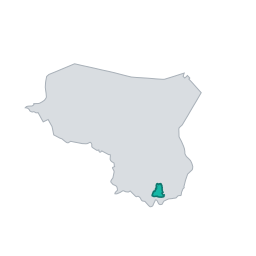 Aqra, Ninawa, Iraq (highlighted), rotated 152°
{"feature_id": "34846034B43190647810772", "entity_name": "Aqra", "entity_type": "district", "adm_level": 2, "iso_a3": "IRQ", "parent_name": "Iraq", "parent_adm1": "Ninawa", "projection": "natural_earth1", "projection_center": [43.799, 36.668], "detail": "fine", "context": "in_parent", "style": "filled", "palette": "teal", "viewbox_px": 256, "rotation_deg": 152, "n_neighbors": 0, "source": "geoboundaries", "source_scale": "gbopen_adm2", "svg_char_len": 4825}
<svg xmlns="http://www.w3.org/2000/svg" viewBox="0 0 256 256"><g transform="rotate(152 128 128)"><path d="M106.4,48.9L108.0,48.5L110.9,46.1L112.6,43.8L113.2,43.6L114.7,44.4L115.8,44.6L118.4,43.7L119.9,44.2L121.1,44.7L121.8,44.8L125.2,46.2L126.1,46.4L127.9,46.5L130.5,46.6L132.2,45.7L133.3,44.8L134.2,44.8L135.0,45.0L135.7,45.4L136.3,46.1L136.5,47.0L136.4,50.1L136.7,50.9L137.1,51.5L137.7,51.6L138.4,50.9L139.7,50.0L141.2,48.9L142.4,47.9L143.0,47.6L144.0,47.6L145.0,47.8L145.6,48.3L146.2,49.8L147.5,55.2L148.3,55.9L149.2,56.5L149.8,57.3L150.0,58.1L150.0,59.3L150.0,60.7L150.4,61.8L150.9,62.7L151.3,63.1L152.0,63.2L152.9,63.4L153.4,64.2L155.3,70.3L155.4,71.1L156.2,71.4L157.4,71.2L158.7,71.9L160.1,72.9L161.4,74.7L162.3,75.0L165.0,74.8L168.7,75.1L170.4,76.0L170.2,76.6L168.9,77.3L166.5,78.0L165.9,79.4L165.5,81.1L165.6,82.0L166.1,83.1L167.8,85.2L167.9,85.9L168.2,87.0L168.5,87.7L168.2,89.1L166.7,90.1L164.7,91.1L160.8,95.8L160.5,96.8L160.5,99.6L160.1,100.4L158.9,100.3L157.9,100.2L157.8,101.2L157.2,102.5L156.8,103.6L158.3,106.2L158.6,107.6L158.4,108.9L157.0,111.1L156.2,112.6L156.4,112.9L157.5,113.5L160.8,118.4L161.9,120.1L163.3,119.6L163.8,119.7L164.2,119.9L164.5,120.5L164.5,121.2L164.1,122.3L165.9,122.8L166.6,123.9L168.7,127.7L168.6,128.8L167.6,130.6L167.6,131.8L167.8,132.8L168.2,133.2L171.2,133.3L172.5,133.8L175.7,135.7L179.4,138.7L182.4,141.1L184.9,143.2L187.7,143.0L188.4,143.4L189.1,144.1L189.9,145.8L191.5,149.6L192.8,150.9L194.9,154.0L196.8,156.8L195.6,160.8L194.4,164.9L194.5,170.1L194.5,173.0L197.1,173.1L200.0,173.2L200.1,176.6L200.1,180.0L200.2,183.9L201.1,184.0L202.4,184.9L203.0,186.1L203.8,186.8L204.7,186.9L205.5,187.5L206.4,188.7L206.7,189.5L206.5,190.1L206.7,191.1L207.3,192.6L208.1,193.3L209.2,194.1L207.7,194.6L206.0,194.2L202.4,192.5L201.3,192.5L199.8,193.1L199.7,193.7L195.9,191.8L194.6,191.4L194.1,191.4L191.9,191.4L188.9,191.7L187.1,192.5L185.8,193.3L185.3,194.1L185.1,194.6L184.1,196.9L183.0,200.0L181.9,202.8L179.6,206.6L178.3,208.4L175.6,211.7L172.7,212.4L165.9,211.7L158.3,211.0L150.8,210.3L145.2,209.8L144.8,209.6L139.3,204.8L134.9,201.1L129.4,196.4L123.9,191.6L118.2,186.8L114.2,183.3L109.2,178.7L104.7,174.6L101.1,171.4L96.6,168.5L93.0,166.3L87.8,163.1L83.7,160.5L80.2,158.2L74.7,154.8L72.9,153.9L67.2,152.8L61.9,151.8L56.3,150.8L52.6,150.1L55.1,147.7L54.4,145.5L52.6,145.9L50.9,146.5L50.0,143.1L51.3,142.6L50.1,138.2L49.0,133.7L47.9,129.3L46.8,124.8L51.5,121.9L55.0,119.7L60.0,116.7L64.7,113.8L69.2,111.0L74.2,108.0L78.6,105.3L82.7,104.2L83.6,103.3L85.4,99.6L87.0,96.4L87.1,95.7L87.1,91.1L87.5,85.9L88.0,83.0L88.9,80.5L89.8,78.7L89.9,77.0L89.8,75.3L88.9,72.7L88.1,69.9L88.2,67.3L88.4,65.9L88.9,63.6L89.9,62.0L90.9,61.0L94.8,59.9L97.0,59.3L100.1,56.4L101.9,54.7L104.4,51.9L106.2,49.9L106.4,49.2L106.4,48.9Z" fill="#d9dde1" stroke="#a8b0b8" stroke-width="1"/><path d="M127.4,54.7L127.4,54.8L127.3,55.0L127.2,55.5L127.2,55.8L127.2,56.0L127.2,56.4L127.2,56.6L127.2,56.8L126.9,57.1L126.7,57.3L126.7,57.6L126.7,57.8L126.7,58.0L126.6,58.3L126.4,58.4L126.3,58.5L126.2,58.6L126.1,58.8L125.9,59.0L125.8,59.3L125.8,59.5L125.7,59.5L125.6,59.8L125.6,60.0L125.6,60.3L125.5,60.5L125.4,60.7L125.4,60.8L125.2,61.0L125.1,61.3L125.1,61.5L125.3,61.8L125.2,62.0L125.4,62.1L125.4,62.6L125.1,62.7L125.1,62.8L125.0,63.1L125.1,63.3L125.3,63.6L125.5,63.6L126.0,63.5L126.2,63.8L126.3,63.9L126.4,64.0L126.5,64.1L126.9,64.1L127.0,63.9L127.4,63.7L127.6,63.8L127.8,63.9L127.8,64.0L127.9,64.4L127.9,64.7L128.0,64.8L128.0,65.0L128.3,65.1L128.7,65.1L128.9,65.1L129.0,65.1L129.3,64.8L129.3,64.7L129.5,64.5L129.7,64.4L129.9,64.1L130.1,63.9L130.3,63.7L130.3,63.4L130.3,63.2L130.2,62.9L130.2,62.7L130.6,62.6L130.8,62.6L131.0,62.4L131.1,62.0L131.0,61.6L131.7,61.6L131.8,61.6L131.9,60.9L132.5,61.0L132.5,60.9L132.7,60.6L133.0,60.2L133.3,59.9L133.6,59.7L133.8,59.5L134.2,59.5L134.3,59.8L134.4,60.0L134.7,59.6L134.9,59.5L135.0,59.5L135.3,59.6L135.5,59.8L135.7,59.7L135.8,59.6L135.9,59.4L136.0,59.3L136.1,59.2L136.3,59.1L136.3,58.9L136.5,58.9L136.7,58.7L136.9,58.7L137.0,58.5L137.1,58.4L137.2,58.2L137.4,58.1L137.5,58.0L137.8,57.9L137.9,57.6L138.1,57.3L138.2,57.2L138.4,57.1L138.4,56.6L138.0,56.4L137.9,56.4L137.9,56.2L137.8,55.9L137.5,55.6L137.4,55.4L137.1,55.2L136.5,55.0L135.9,54.8L135.8,54.7L135.6,54.7L135.2,54.4L134.9,54.3L134.3,54.2L134.2,54.1L134.2,53.6L133.9,53.4L133.7,53.3L133.7,53.1L133.5,52.9L133.3,52.7L132.9,52.5L132.5,52.2L132.4,52.1L132.2,51.9L131.9,51.8L131.6,51.7L131.3,51.5L131.2,51.5L131.1,51.4L130.9,51.2L130.5,51.0L130.2,51.0L129.9,50.9L129.6,50.8L129.2,50.7L128.9,50.6L128.7,50.6L128.3,50.8L128.2,51.1L128.1,51.3L128.0,51.5L127.7,51.7L127.4,51.8L127.4,52.0L127.5,52.1L127.9,52.2L128.1,52.2L128.2,52.3L128.6,52.5L128.7,52.8L128.7,53.1L128.6,53.4L128.6,53.6L128.6,54.0L128.6,54.3L128.7,54.6L128.3,54.7L128.0,54.7L127.7,54.7L127.4,54.7L127.4,54.7Z" fill="#14b8a6" stroke="#0f766e" stroke-width="1.5"/></g></svg>